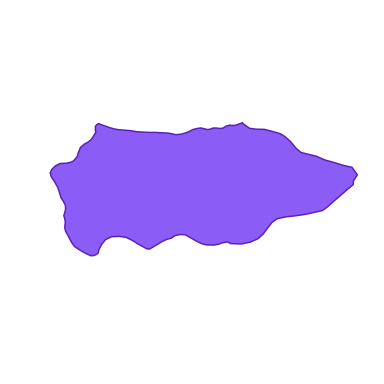 Dola, Ngounié, Gabon (Albers equal-area conic projection), rotated 305°
{"feature_id": "22940354B92204383956845", "entity_name": "Dola", "entity_type": "district", "adm_level": 2, "iso_a3": "GAB", "parent_name": "Gabon", "parent_adm1": "Ngounié", "projection": "albers", "projection_center": [11.352, -2.321], "detail": "fine", "context": "isolated", "style": "filled", "palette": "violet", "viewbox_px": 384, "rotation_deg": 305, "n_neighbors": 0, "source": "geoboundaries", "source_scale": "gbopen_adm2", "svg_char_len": 1776}
<svg xmlns="http://www.w3.org/2000/svg" viewBox="0 0 384 384"><g transform="rotate(305 192 192)"><path d="M202.2,98.3L200.5,95.3L199.1,92.2L197.6,87.9L196.3,83.2L195.1,79.1L194.6,76.4L192.5,75.3L190.1,75.3L187.4,77.3L185.6,79.0L177.8,79.4L173.8,78.5L169.3,76.3L164.6,75.1L159.1,76.3L155.5,77.6L149.7,77.2L146.4,75.3L143.3,72.3L139.8,67.7L135.2,65.1L130.2,64.2L126.3,64.9L123.9,67.7L122.0,72.5L119.5,78.0L117.4,81.3L114.6,84.9L112.3,87.8L110.6,92.0L108.4,96.0L105.3,98.4L99.1,100.6L97.0,103.2L94.9,105.3L92.1,106.9L89.7,108.3L87.1,111.3L85.8,114.2L83.6,118.4L81.5,122.6L80.0,127.0L80.1,133.8L80.7,140.1L81.8,145.8L84.2,148.6L88.1,150.2L91.4,148.8L97.2,148.0L103.4,148.5L109.2,151.7L113.9,157.8L117.1,164.2L118.1,170.7L118.4,176.8L119.5,187.5L120.8,189.9L127.8,193.1L133.8,195.7L138.6,198.4L142.2,201.4L147.0,203.4L151.2,207.7L153.2,211.5L153.8,218.5L154.4,224.6L155.2,229.5L157.1,234.4L161.1,240.4L164.3,243.6L167.9,246.1L171.5,249.7L171.9,253.2L174.0,256.5L177.6,262.1L184.4,268.5L191.5,272.8L198.2,274.4L206.7,274.6L213.2,275.0L218.9,277.1L225.1,282.7L231.4,289.9L238.8,297.8L246.7,305.0L251.5,309.4L256.7,311.3L264.0,313.0L275.2,315.8L283.2,317.8L290.4,319.8L293.8,317.9L300.9,317.6L304.0,308.9L300.6,300.6L297.8,291.9L294.4,282.3L292.6,273.3L286.9,258.7L287.5,252.2L289.9,243.3L290.7,236.1L290.3,230.6L287.5,222.5L284.9,215.5L280.2,208.4L277.2,202.7L277.2,193.9L277.6,193.6L274.8,191.6L271.4,189.2L269.9,187.2L268.2,184.3L265.1,181.9L262.2,180.8L260.2,178.7L258.7,175.8L256.6,172.7L253.7,170.7L251.9,168.7L250.9,165.8L249.4,162.3L246.5,159.3L243.2,156.6L240.0,155.0L237.4,153.4L233.0,149.8L229.6,145.8L227.9,141.4L226.0,137.7L223.1,133.2L219.8,127.8L216.5,123.1L213.6,118.5L209.8,112.3L206.9,106.4L202.2,98.3Z" fill="#8b5cf6" stroke="#5b21b6" stroke-width="1.5"/></g></svg>